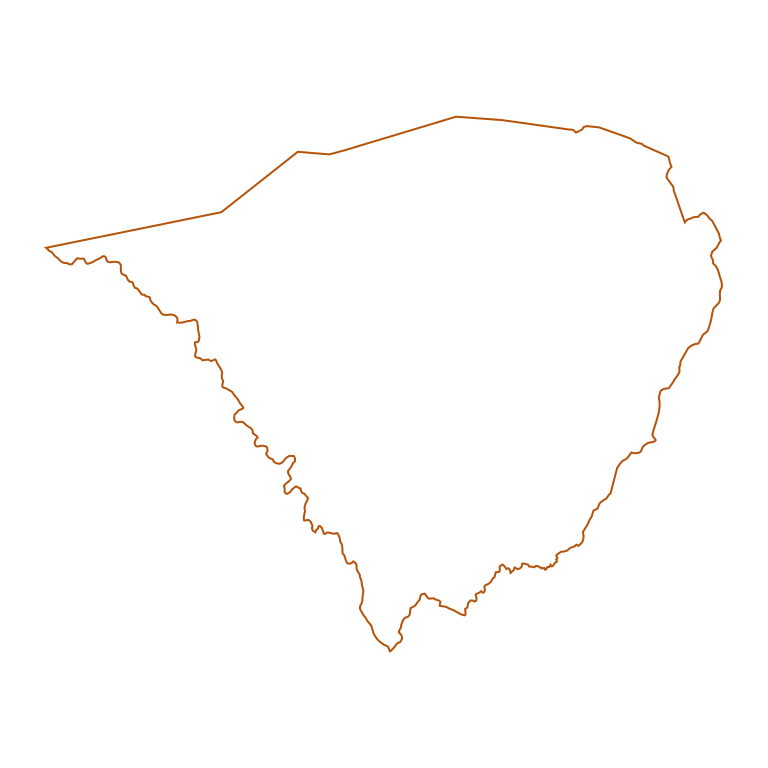 Samlout, Batdâmbâng, Cambodia
{"feature_id": "14789045B92123585900172", "entity_name": "Samlout", "entity_type": "district", "adm_level": 2, "iso_a3": "KHM", "parent_name": "Cambodia", "parent_adm1": "Batdâmbâng", "projection": "natural_earth1", "projection_center": [102.824, 12.565], "detail": "fine", "context": "isolated", "style": "outline", "palette": "amber", "viewbox_px": 768, "rotation_deg": 0, "n_neighbors": 0, "source": "geoboundaries", "source_scale": "gbopen_adm2", "svg_char_len": 6106}
<svg xmlns="http://www.w3.org/2000/svg" viewBox="0 0 768 768"><path d="M297.8,151.8L221.3,212.2L46.1,247.8L47.7,249.0L48.9,250.8L51.6,251.9L54.7,255.9L57.6,258.0L60.3,260.8L62.5,262.3L64.1,263.0L67.0,262.9L68.2,263.8L70.2,264.4L71.8,264.3L77.3,258.2L79.5,258.7L83.8,258.7L85.6,262.3L86.9,263.7L88.4,263.6L92.1,262.4L96.5,259.8L100.4,258.0L102.5,256.4L103.8,256.2L104.8,256.5L105.7,257.2L106.8,260.7L108.2,261.9L109.5,262.3L114.9,261.7L118.8,262.4L120.8,264.8L120.9,271.1L121.2,272.5L122.1,274.1L126.1,275.8L127.8,279.8L129.0,280.8L129.4,281.5L132.7,282.4L133.7,285.6L134.6,287.3L135.0,287.8L136.9,288.4L138.2,289.6L141.9,294.6L144.5,294.8L145.5,296.0L149.5,297.1L150.2,298.3L150.1,299.1L150.6,300.6L151.8,302.4L154.1,304.7L155.6,305.4L157.2,306.8L161.2,313.1L162.8,314.6L165.4,315.0L171.4,314.5L174.5,315.4L176.4,316.9L177.2,318.1L177.5,319.4L177.2,322.4L177.9,322.1L178.8,322.7L181.8,322.7L187.7,321.1L190.0,321.0L193.9,319.6L195.4,320.0L197.1,321.6L198.1,327.6L198.2,330.4L199.5,337.0L198.7,340.9L197.7,342.1L195.2,342.1L194.9,343.6L194.9,344.5L196.3,349.3L196.4,350.2L195.3,353.9L195.1,355.8L195.4,356.8L197.1,357.7L199.4,358.0L201.0,358.7L202.6,360.3L208.2,359.5L210.9,361.0L212.9,360.4L215.0,359.4L216.1,360.4L217.0,363.0L220.8,369.0L222.3,372.4L221.8,375.1L221.8,378.0L223.2,381.3L222.3,384.5L222.4,386.5L223.4,387.6L226.2,388.4L232.1,391.9L234.5,395.4L238.1,399.7L239.5,402.4L243.3,407.4L242.9,408.5L238.4,410.5L236.3,413.1L234.6,414.4L234.1,418.5L234.3,419.8L235.3,421.3L236.6,422.2L237.4,422.4L240.2,421.8L242.9,422.0L246.8,425.6L250.5,428.0L251.8,429.3L252.5,430.4L253.0,433.4L257.2,436.4L257.6,437.7L256.0,439.0L254.9,441.9L254.7,443.5L255.6,445.8L257.3,446.6L262.1,445.6L266.3,446.5L267.0,447.5L267.6,450.2L267.4,451.4L266.3,453.1L266.2,454.2L268.3,457.0L270.0,458.4L272.4,459.1L274.3,462.2L277.0,463.4L279.4,463.8L281.3,463.1L283.2,461.5L285.9,458.0L289.3,455.9L293.5,456.0L294.2,456.4L295.0,458.7L295.0,461.2L292.9,463.3L291.2,466.9L288.1,471.0L288.1,473.0L289.0,474.9L290.3,476.6L290.9,478.9L289.5,480.8L285.5,484.0L283.9,485.9L284.7,488.5L284.6,491.9L285.4,493.0L287.0,493.9L290.0,492.3L292.2,489.3L295.0,487.0L296.2,486.6L297.0,486.7L298.9,488.0L300.6,488.4L300.9,490.5L301.6,492.1L302.4,493.0L305.0,494.2L305.6,495.4L307.9,497.7L307.9,498.9L305.5,503.8L304.5,507.8L305.0,511.2L304.0,515.8L303.8,518.9L304.1,520.4L304.7,520.5L308.4,519.9L310.7,521.8L312.4,525.7L312.5,526.8L311.9,527.7L312.5,530.3L313.2,530.9L315.4,532.3L316.5,529.7L317.8,528.8L318.6,526.2L319.9,526.0L321.6,527.5L324.1,533.9L325.5,533.8L326.8,532.6L328.0,532.5L333.8,533.8L337.1,533.1L338.0,534.0L339.5,537.3L340.4,541.9L341.8,544.3L342.2,545.9L342.6,553.5L344.2,555.1L346.3,561.6L347.2,563.1L349.1,563.8L351.8,562.9L352.7,561.7L353.4,561.4L356.0,563.5L356.5,564.8L356.6,568.8L357.8,571.6L359.8,574.8L359.9,576.9L361.4,580.7L362.2,586.3L363.1,588.9L363.3,590.7L363.2,592.9L362.5,597.0L362.3,601.2L361.4,603.8L360.3,605.6L360.0,606.9L360.1,609.2L363.5,615.2L365.9,618.1L367.1,620.6L371.2,625.5L373.8,634.0L376.9,638.8L379.1,641.1L383.2,644.3L388.1,646.7L389.9,651.3L390.6,651.1L394.1,647.5L396.3,644.4L397.5,643.2L400.3,641.9L402.0,638.8L402.2,637.7L401.0,634.3L400.4,634.1L398.9,632.2L399.0,631.2L401.1,627.0L401.1,625.3L403.3,619.6L405.3,617.7L408.0,616.7L409.1,615.6L409.9,613.7L410.4,608.3L414.8,605.8L415.8,604.8L418.0,601.5L419.7,599.8L420.6,595.4L422.0,594.2L424.7,593.6L427.7,597.8L429.1,598.7L433.8,598.3L435.2,599.3L439.1,600.7L440.4,601.6L440.3,602.8L439.8,603.8L439.8,605.8L446.4,606.9L448.5,608.2L453.4,610.1L460.5,614.1L464.3,615.4L465.2,615.0L465.5,614.0L465.2,608.9L467.3,607.5L467.9,605.2L467.7,604.2L468.6,602.6L470.3,600.6L471.7,600.4L473.7,600.8L474.1,601.5L475.4,601.3L476.2,600.7L476.4,599.8L476.5,598.0L475.6,594.9L475.9,594.2L479.6,592.5L481.0,591.2L481.8,591.5L482.6,592.7L483.4,592.6L484.3,591.8L484.9,590.3L484.4,586.7L485.3,585.3L487.9,584.2L490.7,582.1L492.9,578.2L494.5,577.2L495.5,573.0L496.1,572.1L498.7,572.1L499.5,571.4L499.8,569.5L499.6,566.9L500.2,565.9L502.7,564.6L504.8,566.6L506.4,569.1L508.2,568.2L509.7,569.5L510.6,572.9L513.9,569.8L514.6,567.5L517.9,569.2L520.1,568.3L521.7,566.6L522.2,563.8L523.0,563.4L528.0,564.6L529.0,566.4L529.6,566.7L531.2,566.5L534.3,567.3L535.5,566.2L536.6,565.9L538.8,566.5L540.2,567.8L542.0,567.8L542.4,568.5L544.4,568.0L545.1,569.7L545.8,569.6L547.5,566.9L549.0,567.1L549.8,566.6L550.4,564.7L551.9,566.4L552.6,566.1L553.7,564.9L554.8,562.9L556.9,561.7L556.2,559.3L557.3,558.6L557.4,557.9L556.2,555.7L556.8,554.7L561.1,551.7L563.2,551.7L566.9,550.7L570.0,548.1L575.1,546.1L576.3,544.6L578.5,545.8L582.0,542.6L583.0,540.4L583.5,537.6L583.6,536.1L582.9,532.2L583.2,531.4L587.5,524.7L589.3,520.5L591.9,515.9L593.2,511.3L593.9,510.3L597.5,508.6L599.2,504.3L600.3,502.6L603.7,500.0L606.2,498.7L608.9,494.8L610.5,493.6L617.1,468.1L619.5,464.4L621.5,461.9L623.0,460.6L625.5,459.4L627.5,457.9L631.4,452.5L634.7,453.3L638.4,452.8L640.1,452.1L641.2,450.7L642.8,446.9L644.6,445.1L648.2,442.8L652.5,442.1L654.3,441.5L655.6,440.4L655.4,439.4L653.3,437.0L652.4,434.5L653.5,430.2L656.5,420.8L658.8,412.5L659.6,406.5L659.5,401.1L658.8,397.6L660.5,391.1L661.6,390.1L664.0,388.9L668.9,388.1L673.3,381.8L675.1,378.6L676.7,376.7L679.5,371.9L679.3,367.0L679.5,366.2L680.2,365.7L680.5,361.6L687.5,349.2L688.9,347.4L692.3,345.1L695.3,344.0L698.2,343.6L698.9,342.8L703.0,334.7L707.3,331.4L708.5,328.7L710.9,320.9L712.7,311.2L713.7,308.3L718.8,302.9L719.3,302.1L720.1,299.4L719.8,293.5L720.2,290.4L721.9,287.0L721.7,282.6L717.8,269.6L715.9,266.2L713.1,263.4L713.1,260.7L711.0,255.9L712.2,251.7L716.7,247.8L719.2,242.9L721.0,240.4L720.0,238.3L718.9,233.6L712.3,221.0L709.0,218.0L707.2,215.3L703.7,212.7L700.4,214.2L698.6,216.5L697.4,217.0L696.0,216.8L693.0,217.4L690.3,218.7L688.1,219.3L686.4,220.4L684.8,222.4L673.7,190.3L673.3,186.8L667.0,178.3L666.5,176.5L667.3,173.1L668.9,169.8L671.5,166.8L669.8,162.4L668.6,157.0L667.9,156.3L643.7,145.6L642.0,143.9L636.6,142.7L630.1,138.4L599.2,127.4L586.9,126.1L583.8,127.0L581.9,129.7L576.0,132.6L573.2,129.8L568.9,129.5L502.1,120.1L456.0,116.7L345.2,150.1L329.4,154.4L297.8,151.8Z" fill="none" stroke="#b45309" stroke-width="2"/></svg>